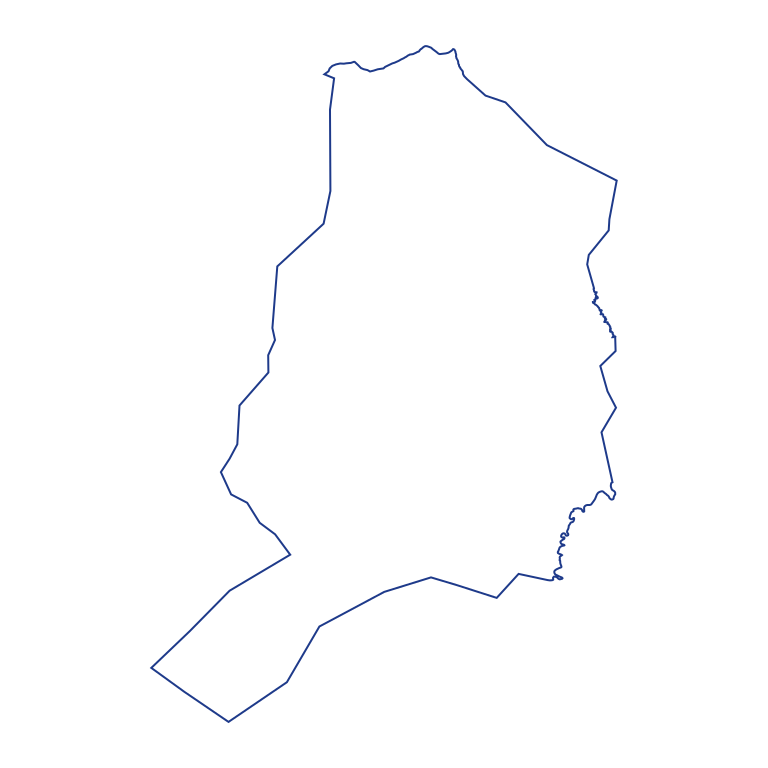 outline of Baruunbu'ren, Selenge, Mongolia
{"feature_id": "93677404B37316028953404", "entity_name": "Baruunbu'ren", "entity_type": "district", "adm_level": 2, "iso_a3": "MNG", "parent_name": "Mongolia", "parent_adm1": "Selenge", "projection": "robinson", "projection_center": [105.041, 49.277], "detail": "fine", "context": "isolated", "style": "outline", "palette": "blue", "viewbox_px": 768, "rotation_deg": 0, "n_neighbors": 0, "source": "geoboundaries", "source_scale": "gbopen_adm2", "svg_char_len": 5924}
<svg xmlns="http://www.w3.org/2000/svg" viewBox="0 0 768 768"><path d="M453.1,49.1L451.7,50.6L449.3,52.2L448.1,52.8L445.8,53.4L439.8,54.1L438.8,53.8L437.9,53.2L436.9,52.3L435.6,51.3L434.0,50.1L432.4,48.9L431.3,47.8L429.4,47.0L427.4,46.3L426.1,46.1L425.2,46.1L423.5,47.0L421.8,48.5L421.2,49.0L420.8,49.1L419.6,50.4L419.3,51.0L418.7,51.6L417.5,51.9L415.9,52.8L413.0,54.1L410.4,54.5L409.6,54.6L408.9,55.1L408.1,55.4L406.2,56.8L405.0,57.4L403.6,58.3L401.2,59.4L398.6,60.9L394.6,62.7L392.3,63.4L385.1,66.9L383.5,68.4L377.7,69.3L373.7,70.6L370.0,71.5L367.5,70.1L363.6,69.2L360.9,68.0L358.3,65.3L354.7,61.9L354.0,61.8L350.9,62.9L346.4,63.3L343.8,63.7L340.2,63.5L336.0,64.4L332.3,65.9L329.7,68.4L328.5,71.3L324.4,74.3L334.1,78.3L330.0,109.6L330.4,191.0L323.6,223.7L277.3,266.4L272.4,328.0L275.0,340.0L268.2,355.2L268.4,372.5L239.5,405.5L237.3,444.3L229.6,458.7L220.9,472.1L231.1,494.4L247.2,502.8L259.7,522.8L275.1,534.3L290.2,554.7L229.6,590.7L189.8,631.1L151.3,667.9L184.3,691.8L228.5,721.9L286.9,682.2L319.4,626.5L384.2,591.9L431.0,577.4L457.1,585.2L496.7,597.9L518.6,573.9L547.7,580.1L549.9,580.4L551.4,580.3L552.6,580.1L553.2,579.7L553.2,579.2L553.0,577.9L553.3,577.3L554.0,576.6L555.4,576.7L556.5,577.1L557.4,577.6L557.9,578.3L558.7,578.9L559.5,579.3L560.5,579.2L562.2,578.7L562.5,578.2L561.9,577.5L559.6,576.6L557.3,575.4L556.1,574.9L555.1,574.2L554.4,572.9L554.3,571.9L554.4,571.2L555.1,570.3L556.5,569.3L559.3,568.0L560.8,567.5L561.3,567.2L561.4,566.8L561.4,566.3L560.4,563.7L560.2,562.2L560.2,561.0L560.1,560.7L559.7,560.4L559.6,560.1L559.7,559.5L559.9,559.1L559.7,557.8L559.7,557.2L560.0,556.6L560.7,556.0L561.7,555.4L562.0,555.1L561.5,554.7L558.8,553.6L558.0,553.1L557.8,552.4L557.9,551.8L558.4,551.0L559.6,547.6L560.3,546.9L561.1,546.4L562.1,545.9L564.1,545.5L564.4,545.3L564.3,545.0L563.8,544.7L561.9,544.2L561.0,543.5L560.7,542.8L560.4,541.9L560.6,541.4L562.7,539.7L563.8,539.2L564.3,538.7L564.5,538.0L564.3,537.5L564.0,537.3L562.7,537.5L562.1,537.4L561.6,537.1L561.2,536.7L561.1,536.2L561.2,535.5L561.6,534.7L562.2,533.9L562.8,533.5L563.6,533.3L564.6,533.5L565.2,534.1L565.7,535.1L566.1,535.6L566.5,535.7L567.0,535.7L567.6,535.5L568.1,535.2L568.3,534.4L568.1,533.6L567.2,532.6L567.1,532.2L567.1,531.3L567.4,530.4L568.0,529.4L568.5,528.0L568.8,525.7L569.2,525.1L569.7,524.5L570.6,522.8L571.3,522.4L572.7,522.0L573.6,521.0L573.9,520.2L574.2,518.9L574.0,518.2L573.9,518.0L573.5,518.0L573.0,518.2L572.2,519.0L571.8,519.2L571.3,519.2L570.8,519.1L570.4,518.8L569.7,518.2L569.6,517.6L569.8,516.5L570.2,515.1L570.6,514.2L571.0,513.0L571.4,512.3L572.0,511.9L573.3,511.2L573.5,511.0L573.4,509.9L573.4,509.5L573.8,509.1L574.2,508.9L574.8,508.8L576.1,508.6L577.8,508.2L578.3,508.2L578.9,508.5L580.1,508.6L581.1,508.9L582.0,509.9L582.3,510.9L582.8,511.5L583.1,511.7L583.5,511.8L583.9,511.7L584.2,511.4L584.1,507.9L584.3,506.9L584.9,506.1L585.9,505.4L587.2,505.0L589.7,505.0L590.7,504.7L591.3,504.3L592.7,502.4L593.8,500.9L595.0,499.1L595.9,497.0L596.8,494.7L597.7,493.3L598.5,492.5L599.9,491.8L601.5,491.3L602.5,491.3L603.4,491.8L604.5,492.9L606.2,494.1L607.0,495.0L608.2,495.8L608.9,496.8L609.6,498.3L611.0,499.4L611.8,499.6L612.6,499.4L613.3,499.0L613.6,498.3L613.7,497.3L614.1,496.2L614.6,495.2L615.2,494.4L615.2,492.8L614.9,492.0L614.1,491.1L612.8,490.3L611.9,489.6L611.6,488.9L611.1,487.4L610.9,486.7L610.8,485.9L611.0,484.1L611.2,483.2L611.7,482.7L612.5,482.3L601.5,432.3L616.0,407.7L607.5,391.3L600.3,366.0L615.6,351.0L615.2,337.4L615.4,336.7L615.2,336.5L614.8,336.3L614.6,336.3L614.3,336.4L613.1,337.2L612.6,337.2L613.1,336.3L613.2,335.8L613.4,335.2L613.3,334.8L613.2,334.5L613.0,334.2L612.6,333.9L612.5,333.5L612.7,332.9L612.7,332.7L611.5,331.6L611.3,331.6L611.1,331.6L610.9,331.8L610.6,331.8L610.3,331.7L610.1,331.5L610.1,331.1L610.6,330.5L610.6,330.4L610.0,329.9L610.0,329.7L610.8,328.9L610.8,328.7L610.7,328.6L610.2,328.1L610.3,327.7L610.4,327.2L610.0,326.9L609.8,326.5L609.8,325.9L609.7,325.7L609.1,324.9L608.9,324.4L608.7,324.2L608.1,324.0L607.7,323.8L607.8,322.6L607.7,322.4L607.2,322.2L606.3,322.3L605.4,321.9L604.8,322.0L604.4,322.0L604.3,321.9L604.4,321.7L604.9,321.1L605.0,320.9L604.9,320.6L604.9,320.4L605.1,320.2L605.9,320.0L606.2,319.6L606.2,319.2L606.0,318.9L605.8,318.7L604.9,318.5L604.9,318.4L605.3,317.7L605.3,317.3L604.0,316.9L603.5,316.6L603.4,316.4L603.3,315.6L603.2,314.8L603.1,314.5L602.8,314.2L602.4,314.2L601.3,314.3L600.7,314.3L600.6,314.2L601.2,313.3L601.4,313.0L601.4,312.8L600.9,312.2L600.9,311.9L600.9,311.6L601.6,310.7L601.7,310.4L601.5,310.2L601.3,310.1L600.9,310.1L600.4,310.5L600.1,310.5L599.9,310.5L599.7,310.3L599.6,309.3L599.2,308.7L599.1,308.0L598.3,307.3L598.2,306.9L597.9,306.7L597.4,306.0L596.7,305.5L596.4,305.1L595.7,304.7L595.3,304.6L594.7,304.0L594.5,303.6L594.2,303.4L593.3,303.0L593.0,302.7L592.9,302.4L592.9,302.0L593.0,302.0L593.6,302.3L594.3,302.3L594.6,302.2L594.8,301.8L595.1,301.1L595.2,300.8L595.2,300.7L594.4,300.3L594.3,300.1L594.3,299.9L595.1,299.6L595.3,299.4L595.5,299.0L595.5,298.7L596.8,298.6L597.2,298.4L597.7,298.1L597.8,297.8L597.8,297.6L597.7,297.3L597.3,297.2L597.1,297.2L596.6,297.7L596.3,297.9L596.1,297.9L595.9,297.9L595.7,297.7L595.8,297.3L595.9,297.0L596.7,296.4L596.8,296.3L596.6,296.1L596.0,295.6L595.8,294.7L595.3,294.2L595.4,293.9L595.6,293.6L596.5,292.8L596.6,292.7L596.6,292.3L595.9,292.2L594.7,292.1L594.4,291.8L594.0,291.0L594.1,290.4L594.0,290.1L593.7,289.6L593.6,289.3L593.6,289.0L593.6,288.8L594.0,288.3L587.2,264.4L588.8,254.9L608.7,230.4L609.4,219.2L616.7,180.6L546.9,145.1L505.5,102.4L485.5,95.6L467.2,79.3L464.1,76.1L463.3,74.6L463.2,74.5L463.0,73.9L462.8,71.7L462.7,71.2L462.3,70.8L462.1,70.6L461.6,69.8L460.7,68.8L460.4,68.4L460.2,67.9L460.2,67.5L459.4,66.7L459.2,66.2L459.0,65.7L459.0,64.8L458.5,64.1L458.3,63.6L458.1,61.4L457.6,60.2L457.2,59.4L456.8,58.8L456.4,58.1L456.4,57.3L456.1,56.8L456.0,56.0L456.2,55.3L456.1,54.3L455.5,52.5L455.4,51.5L454.4,49.6L453.6,49.2L453.1,49.1Z" fill="none" stroke="#1e3a8a" stroke-width="2"/></svg>